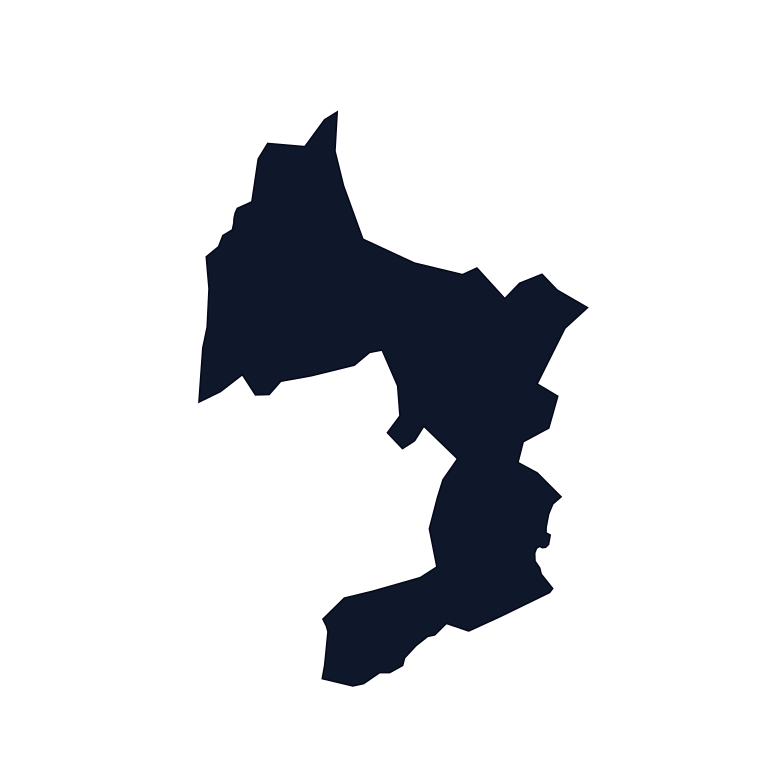 map outline of Balvu (Albers equal-area conic projection), rotated 327°
{"feature_id": "LVA-1063", "entity_name": "Balvu", "entity_type": "Municipality", "adm_level": 1, "iso_a3": "LVA", "parent_name": "Latvia", "parent_adm1": "", "projection": "albers", "projection_center": [27.276, 57.034], "detail": "fine", "context": "isolated", "style": "filled", "palette": "ink", "viewbox_px": 768, "rotation_deg": 327, "n_neighbors": 0, "source": "natural_earth", "source_scale": "10m", "svg_char_len": 1311}
<svg xmlns="http://www.w3.org/2000/svg" viewBox="0 0 768 768"><g transform="rotate(327 384 384)"><path d="M417.5,118.9L446.9,141.8L478.0,130.0L493.0,130.3L469.8,161.9L458.1,195.6L445.2,251.0L475.3,299.0L509.4,335.0L525.1,337.3L531.8,378.2L552.7,373.3L576.3,378.0L580.4,399.6L596.3,430.8L566.1,435.8L512.5,467.3L523.1,488.9L498.2,510.7L469.3,508.3L453.6,522.8L464.1,542.0L471.1,575.1L460.2,576.6L451.1,582.9L441.7,592.8L438.9,597.1L441.2,601.2L434.6,608.2L430.6,609.0L427.6,607.5L426.1,604.9L422.5,604.8L418.3,607.9L414.2,614.8L414.4,623.2L412.3,629.1L414.1,647.4L409.4,649.1L353.5,642.2L320.5,637.3L305.9,618.8L289.9,622.1L283.1,619.5L268.2,620.9L252.0,625.0L246.4,630.2L231.6,629.2L223.1,623.7L203.7,624.2L193.4,620.3L171.7,597.5L180.8,587.8L186.2,581.1L202.1,561.2L203.8,555.7L204.7,547.9L234.1,541.9L261.7,551.6L309.0,566.1L328.7,566.2L343.2,530.1L366.9,508.4L381.3,496.4L404.9,486.8L394.4,441.1L378.7,448.3L364.3,448.3L360.3,426.7L380.0,419.4L394.4,393.0L400.9,354.5L389.1,349.7L369.5,352.1L327.7,337.6L298.9,325.5L281.9,330.3L270.2,323.1L270.3,299.0L242.8,301.3L218.9,298.4L251.7,255.0L266.7,239.9L289.1,208.8L304.2,180.5L320.1,178.7L329.7,171.7L340.8,172.1L345.6,167.3L348.6,163.2L352.5,159.4L356.6,156.8L372.4,159.2L401.1,126.7L417.5,118.9Z" fill="#0f172a" stroke="#020617" stroke-width="1.5"/></g></svg>